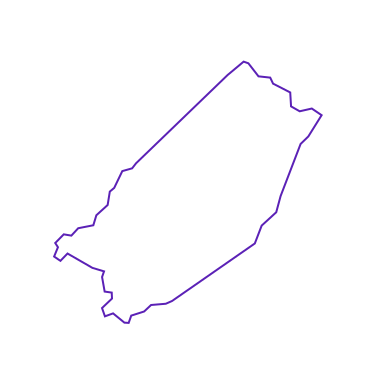 Madison, Texas, United States of America, rotated 146°
{"feature_id": "52423323B16147855559492", "entity_name": "Madison", "entity_type": "district", "adm_level": 2, "iso_a3": "USA", "parent_name": "United States of America", "parent_adm1": "Texas", "projection": "natural_earth1", "projection_center": [-95.854, 30.959], "detail": "fine", "context": "isolated", "style": "outline", "palette": "violet", "viewbox_px": 384, "rotation_deg": 146, "n_neighbors": 0, "source": "geoboundaries", "source_scale": "gbopen_adm2", "svg_char_len": 753}
<svg xmlns="http://www.w3.org/2000/svg" viewBox="0 0 384 384"><g transform="rotate(146 192 192)"><path d="M269.5,112.8L168.7,114.2L153.0,125.2L133.5,128.1L120.8,139.1L75.1,171.1L64.5,173.0L41.6,183.2L46.0,194.2L57.6,198.7L62.0,207.6L54.9,219.6L64.2,236.5L63.2,243.1L72.2,250.7L73.3,267.2L76.3,271.2L96.9,269.1L222.3,247.1L228.4,245.1L238.1,248.3L254.2,238.9L259.9,238.3L269.2,228.4L284.3,226.2L292.4,219.6L306.6,225.6L316.4,223.3L322.0,228.6L333.9,226.2L334.0,221.2L342.4,215.6L339.6,208.5L329.6,210.6L317.0,184.8L309.3,175.4L314.1,171.8L320.1,158.3L314.8,153.5L317.9,148.4L331.5,146.1L333.7,137.6L325.3,135.5L321.1,121.5L317.7,118.9L311.5,123.5L298.5,119.7L289.1,121.2L276.2,114.0L269.5,112.8Z" fill="none" stroke="#5b21b6" stroke-width="2"/></g></svg>